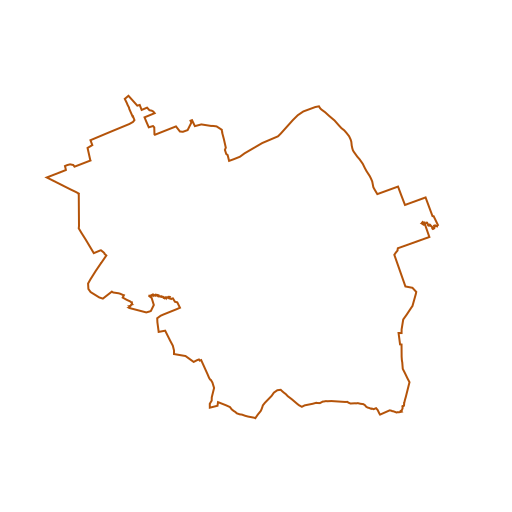 the district of Balgales pag., Talsi, Latvia, rotated 346°
{"feature_id": "27541924B95620316130536", "entity_name": "Balgales pag.", "entity_type": "district", "adm_level": 2, "iso_a3": "LVA", "parent_name": "Latvia", "parent_adm1": "Talsi", "projection": "mercator", "projection_center": [22.867, 57.183], "detail": "fine", "context": "isolated", "style": "outline", "palette": "amber", "viewbox_px": 512, "rotation_deg": 346, "n_neighbors": 0, "source": "geoboundaries", "source_scale": "gbopen_adm2", "svg_char_len": 5913}
<svg xmlns="http://www.w3.org/2000/svg" viewBox="0 0 512 512"><g transform="rotate(346 256 256)"><path d="M145.1,292.5L144.3,296.4L143.2,306.1L149.8,306.5L152.2,317.3L153.6,322.9L153.6,327.9L152.7,331.3L163.4,336.0L169.9,343.7L173.7,342.8L175.6,342.6L176.1,343.9L177.6,343.7L180.3,358.5L181.0,362.9L181.6,364.8L182.2,365.3L183.1,368.2L183.4,373.9L178.9,382.4L178.0,385.6L175.4,388.2L174.5,392.0L182.4,392.0L183.8,388.6L190.8,393.6L194.2,396.3L195.3,398.9L196.9,401.0L198.2,402.3L199.3,404.0L201.9,405.7L204.0,406.5L206.8,408.4L209.5,409.9L215.2,412.5L216.1,413.2L219.4,410.3L223.0,407.6L224.2,406.2L225.8,403.8L226.5,402.6L229.1,400.6L237.3,395.5L240.3,392.9L244.2,391.4L247.6,391.8L248.4,393.1L249.8,395.1L251.5,397.2L252.9,399.7L256.2,403.8L260.2,409.4L261.6,411.2L264.0,413.4L267.1,412.7L275.2,413.1L278.9,413.0L279.0,413.2L282.4,414.2L285.6,413.4L286.5,413.6L288.7,413.7L290.1,414.2L294.1,415.0L306.6,419.0L309.5,419.7L310.1,420.6L312.0,422.0L316.7,422.9L317.3,423.2L319.2,423.4L321.5,424.6L324.3,425.7L325.6,427.1L326.5,429.0L327.7,430.1L329.0,430.8L330.9,432.2L331.4,432.0L333.1,433.1L335.7,432.7L336.8,434.9L337.6,438.7L338.0,439.9L348.4,438.1L350.0,438.9L350.6,439.5L351.7,439.9L354.6,441.9L355.6,441.8L356.8,442.2L359.6,442.3L359.1,441.3L360.2,440.9L360.7,440.2L361.4,439.2L361.7,437.7L361.7,437.2L361.8,437.1L362.5,437.4L362.8,437.3L362.9,437.1L363.2,437.1L363.4,436.9L363.8,435.9L363.8,435.4L364.2,434.7L364.2,434.2L364.5,434.0L365.8,431.5L367.2,429.1L374.4,415.6L373.4,411.5L372.1,405.3L371.1,401.0L372.2,394.5L372.2,393.9L372.4,392.0L373.0,388.7L375.8,377.1L374.4,376.6L375.7,365.2L378.6,366.0L379.5,362.5L383.5,353.2L388.2,349.2L394.4,343.5L395.7,342.4L401.9,331.5L402.8,329.6L400.1,324.7L393.6,321.7L390.5,288.3L392.5,286.5L394.7,284.9L394.8,284.4L395.5,282.8L428.8,279.5L427.6,266.4L426.3,266.3L424.8,264.6L424.7,264.5L425.1,264.4L425.2,263.9L425.7,263.7L425.9,263.4L426.5,264.0L427.0,264.1L426.7,264.5L427.0,264.9L427.5,264.7L427.7,264.9L427.6,265.1L427.1,265.3L426.9,265.5L427.7,265.9L429.0,265.2L429.4,265.2L429.6,264.9L429.9,264.9L430.1,265.1L430.3,266.2L430.5,266.6L430.6,267.3L430.4,267.6L430.5,268.0L430.8,268.3L431.2,268.4L431.4,267.8L431.6,267.8L431.7,267.6L432.1,267.5L432.5,267.8L432.6,268.2L432.8,268.5L433.0,268.9L432.9,269.2L433.8,270.1L433.8,271.0L434.0,271.4L434.5,271.4L434.6,271.8L434.4,272.0L433.9,272.2L434.1,272.6L434.4,272.6L435.7,272.2L436.4,270.7L436.3,270.4L436.1,269.9L436.1,269.7L437.2,269.6L437.8,270.2L438.1,270.6L438.8,271.0L439.0,270.5L440.0,270.0L438.0,260.4L436.9,260.0L434.7,240.2L412.9,242.5L411.6,231.9L410.6,223.0L388.7,225.3L387.3,220.7L386.7,218.5L386.5,217.5L386.8,211.8L386.3,208.7L385.7,206.0L383.8,200.5L382.9,197.1L381.9,192.4L379.9,187.2L378.3,184.1L376.0,178.3L375.6,176.8L375.5,174.7L375.6,171.9L376.1,168.4L376.1,167.8L376.0,165.9L375.3,162.3L373.5,158.3L372.0,155.4L369.8,152.6L368.0,149.3L365.0,143.5L360.8,137.7L357.9,133.3L354.9,129.7L354.2,128.6L353.7,127.4L353.3,126.0L349.6,125.8L336.9,127.2L330.6,129.5L324.7,133.0L309.5,143.3L306.3,145.2L289.4,147.9L269.8,153.6L264.4,155.8L257.8,156.7L252.9,157.2L252.9,151.2L251.8,149.8L251.5,145.5L252.9,143.6L253.1,134.8L253.0,128.0L253.2,127.8L253.2,125.4L253.3,125.2L249.1,120.7L245.5,119.3L243.8,118.9L234.8,115.1L228.1,115.2L226.8,108.7L225.2,108.9L225.5,111.0L220.1,117.3L215.1,117.8L212.3,116.8L209.7,110.9L187.2,113.9L186.9,113.4L188.4,106.6L187.5,105.0L183.1,105.2L182.0,98.7L181.4,94.5L192.2,92.9L191.3,91.0L189.9,89.7L187.9,88.8L186.2,85.7L180.4,86.6L180.3,85.9L179.7,81.3L177.2,81.4L171.0,69.7L166.7,71.8L167.8,76.9L167.8,77.4L168.0,78.5L168.7,81.3L168.6,82.5L170.0,90.7L170.4,90.6L170.9,94.5L170.9,94.8L169.0,96.2L165.0,97.3L148.1,99.8L139.5,101.1L123.4,103.6L124.0,108.8L118.7,110.4L118.4,122.7L118.5,123.3L103.3,125.2L101.5,125.4L101.3,124.9L101.2,124.5L100.7,123.5L97.8,122.1L94.9,122.1L92.4,122.5L92.4,126.0L92.3,126.6L72.0,129.2L92.1,146.5L96.7,150.3L99.2,152.6L98.8,153.4L98.9,153.5L91.5,184.1L90.7,186.3L92.2,191.3L94.7,198.8L99.3,214.0L106.4,212.9L107.0,213.0L108.9,215.5L109.5,216.5L109.6,217.4L110.0,217.9L110.9,219.3L104.0,225.4L103.8,225.4L103.6,225.7L97.0,231.6L89.8,238.5L86.4,242.1L85.4,247.4L85.5,247.7L86.8,251.0L93.9,258.3L97.1,260.3L107.5,255.7L108.2,256.5L108.7,256.9L113.6,258.9L115.0,259.7L117.3,261.5L118.3,262.1L116.6,264.1L119.9,267.2L122.8,269.5L124.1,271.1L124.3,271.1L124.2,271.7L124.3,271.9L124.3,272.0L123.9,272.5L123.5,272.8L123.7,273.0L123.3,273.0L123.0,273.3L122.5,273.8L122.4,273.8L122.1,274.0L121.1,274.0L121.3,274.2L121.2,274.4L120.9,274.4L120.7,274.8L120.8,274.9L120.5,275.1L120.6,275.4L120.5,275.5L120.2,275.5L120.5,275.8L135.9,284.2L139.3,284.1L140.7,283.9L145.0,278.8L144.6,271.4L142.7,269.1L142.8,268.9L143.1,269.1L143.3,268.8L144.0,268.9L144.5,268.8L144.7,269.3L145.2,269.2L145.1,268.9L145.3,268.9L145.5,269.3L146.0,269.5L146.3,269.3L146.0,269.1L146.3,268.8L146.1,268.5L146.6,268.4L146.7,268.7L146.6,268.8L146.8,269.4L147.0,269.2L147.5,269.7L147.8,269.6L147.8,269.4L148.1,269.7L148.7,270.1L149.0,269.7L149.0,269.4L149.2,269.2L149.4,269.2L149.6,269.5L149.4,269.6L150.1,270.1L150.2,270.4L150.4,270.6L150.7,270.5L151.0,270.0L151.4,270.2L151.6,270.4L151.8,270.5L151.6,271.2L151.8,271.2L151.7,271.5L151.8,271.7L152.3,271.7L152.9,272.0L153.2,271.9L153.5,272.1L153.4,272.3L153.6,272.4L153.9,272.2L154.3,272.1L154.7,272.3L155.1,272.7L155.0,273.0L155.4,273.1L155.9,273.1L156.5,273.6L156.5,273.8L156.8,274.1L156.6,274.4L157.0,274.5L157.1,274.8L157.3,274.7L157.3,274.9L157.5,275.0L157.9,274.6L158.1,274.5L158.2,274.9L159.1,274.5L159.3,274.6L159.3,274.9L159.5,274.7L159.8,275.0L160.3,274.9L160.5,275.1L160.5,274.8L160.8,274.6L160.9,274.8L161.3,274.8L161.5,275.1L161.7,274.9L161.6,274.6L161.9,274.6L162.3,274.8L162.1,275.0L162.2,276.1L162.1,276.3L162.4,276.4L162.9,276.9L163.1,276.9L163.4,277.2L163.9,277.0L165.1,277.0L166.3,280.8L168.4,281.9L169.7,287.8L166.2,288.4L151.8,290.4L149.0,290.9L145.1,292.5Z" fill="none" stroke="#b45309" stroke-width="2"/></g></svg>